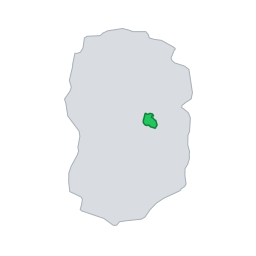 North Macedonia, with Zelenikovo highlighted, rotated 105°
{"feature_id": "MKD-2917", "entity_name": "Zelenikovo", "entity_type": "Statistical Region", "adm_level": 1, "iso_a3": "MKD", "parent_name": "North Macedonia", "parent_adm1": "", "projection": "robinson", "projection_center": [21.557, 41.818], "detail": "coarse", "context": "in_parent", "style": "filled", "palette": "green", "viewbox_px": 256, "rotation_deg": 105, "n_neighbors": 0, "source": "natural_earth", "source_scale": "10m", "svg_char_len": 1727}
<svg xmlns="http://www.w3.org/2000/svg" viewBox="0 0 256 256"><g transform="rotate(105 128 128)"><path d="M115.5,67.7L119.7,68.2L128.9,65.9L134.7,62.5L137.6,62.0L141.5,60.8L147.1,60.9L152.7,62.4L159.9,60.5L167.0,57.4L169.9,58.2L172.9,60.8L175.0,61.5L186.8,75.5L193.2,81.1L200.8,85.4L209.5,88.5L212.6,91.5L218.3,106.4L220.9,112.0L224.6,113.7L225.5,115.3L225.7,117.4L221.6,127.9L220.1,151.2L219.1,153.1L214.7,153.0L209.0,153.5L206.8,155.3L204.5,167.8L195.2,171.4L186.8,173.5L179.7,173.0L167.2,170.0L163.1,169.7L159.6,171.4L148.5,172.3L143.6,174.5L132.1,189.2L120.5,194.3L116.5,196.8L107.6,193.6L103.3,193.3L97.2,197.0L83.6,197.4L80.0,198.0L69.6,198.6L69.1,196.6L67.2,193.6L62.4,192.2L52.4,193.4L50.0,191.3L46.0,178.8L42.8,176.8L39.3,172.6L33.3,159.0L33.2,153.1L33.6,147.9L30.3,135.7L32.4,132.7L35.5,130.7L35.6,125.8L34.7,118.4L38.4,103.8L39.4,102.7L40.4,103.4L49.3,104.6L51.6,102.8L53.0,99.9L53.6,89.2L55.7,84.3L77.2,74.9L83.5,74.5L88.3,78.8L92.1,81.6L94.4,81.5L95.3,78.7L97.9,73.4L102.3,70.3L115.3,67.7L115.5,67.7Z" fill="#d9dde1" stroke="#a8b0b8" stroke-width="1"/><path d="M109.8,115.2L109.3,114.8L109.4,114.0L109.8,112.8L109.5,112.1L108.5,111.0L108.2,110.4L108.2,109.6L108.1,108.4L108.7,107.4L109.3,106.7L109.8,106.7L110.0,107.1L110.0,107.8L110.2,108.0L110.7,108.1L111.4,108.1L111.7,107.7L111.8,107.1L111.9,106.3L112.2,105.8L112.8,105.3L113.3,104.4L113.5,103.1L114.5,102.6L115.3,102.0L116.0,101.6L117.0,101.3L117.3,100.8L118.4,100.8L119.1,101.0L120.1,101.5L120.8,101.4L121.2,101.9L121.0,106.7L120.4,107.6L120.4,107.8L120.0,107.9L120.1,109.7L120.4,110.1L120.7,110.3L120.7,112.0L120.3,112.6L119.2,114.3L118.7,114.6L117.5,115.0L116.1,115.2L115.5,115.1L109.8,115.2Z" fill="#22c55e" stroke="#15803d" stroke-width="1.5"/></g></svg>